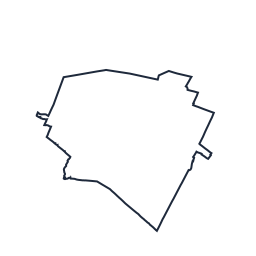 Gioseni, Bacau, Romania, rotated 122°
{"feature_id": "2599482B9784344865967", "entity_name": "Gioseni", "entity_type": "district", "adm_level": 2, "iso_a3": "ROU", "parent_name": "Romania", "parent_adm1": "Bacau", "projection": "natural_earth1", "projection_center": [27.009, 46.422], "detail": "fine", "context": "isolated", "style": "outline", "palette": "slate", "viewbox_px": 256, "rotation_deg": 122, "n_neighbors": 0, "source": "geoboundaries", "source_scale": "gbopen_adm2", "svg_char_len": 4248}
<svg xmlns="http://www.w3.org/2000/svg" viewBox="0 0 256 256"><g transform="rotate(122 128 128)"><path d="M147.6,203.5L148.5,203.4L150.4,203.2L153.8,202.8L156.6,202.4L160.0,202.0L160.0,204.3L160.0,204.9L160.8,206.4L162.3,208.6L162.8,209.9L163.0,210.8L162.6,212.0L162.6,212.7L163.0,212.6L164.8,212.3L165.1,212.3L165.7,212.1L166.0,211.9L166.1,211.5L166.0,210.9L166.0,210.5L166.0,210.2L166.1,209.8L166.0,209.3L165.9,209.0L165.6,208.8L165.2,208.6L165.1,208.4L165.1,208.0L165.4,207.8L165.9,207.6L165.9,207.4L165.9,206.9L165.7,206.3L165.5,205.6L165.5,205.2L165.4,204.7L165.1,204.2L164.7,203.6L164.5,202.8L164.2,202.2L163.6,201.4L164.4,201.3L165.4,201.0L165.6,201.0L165.8,201.0L166.4,200.9L167.1,200.8L168.0,200.8L168.7,200.7L169.9,200.5L169.2,199.2L168.6,198.5L168.4,197.8L168.2,197.2L168.1,196.8L168.1,196.3L168.2,195.8L168.1,195.2L167.6,194.0L169.3,193.7L171.8,193.3L174.4,192.9L176.5,192.4L178.7,192.2L178.9,190.4L179.0,189.1L179.2,187.6L179.3,186.0L179.4,184.8L179.6,183.1L179.8,182.7L179.9,181.8L179.5,181.5L180.0,181.1L180.1,179.9L180.0,178.8L179.8,178.7L180.3,178.3L180.5,177.8L180.7,176.4L180.9,174.5L181.1,172.4L181.3,171.0L181.5,170.2L181.1,169.3L181.3,169.1L181.7,169.0L181.8,168.6L182.0,167.9L182.1,167.5L182.2,167.0L182.4,165.7L182.6,164.2L182.8,162.8L183.0,161.6L184.1,161.4L185.0,161.6L185.9,161.6L186.3,162.0L187.9,161.9L188.5,161.1L191.9,161.1L193.0,160.3L194.9,160.7L196.1,160.7L197.0,160.5L198.0,159.7L198.8,158.9L199.1,158.8L199.6,158.2L199.9,157.6L200.3,157.1L201.0,156.8L202.1,156.9L202.9,156.4L203.2,155.6L203.2,155.2L203.5,155.1L203.9,155.8L204.1,156.0L204.9,155.7L205.0,155.0L204.8,154.5L204.5,154.1L204.0,153.7L203.5,153.1L202.9,152.4L202.5,152.2L202.0,151.9L201.6,151.7L201.3,151.5L201.1,151.1L201.0,150.8L200.9,150.5L200.8,150.4L200.7,150.4L200.8,150.3L200.9,150.2L201.1,150.1L201.3,149.9L200.9,149.2L200.7,148.7L200.1,147.7L199.4,146.3L199.1,145.0L198.9,144.2L198.3,142.7L197.4,140.8L196.5,138.9L194.7,135.8L192.3,131.1L190.9,128.3L189.7,125.9L189.6,119.2L189.4,110.9L190.0,108.2L190.5,104.9L191.0,102.4L191.3,101.1L191.6,99.3L191.8,98.5L192.0,97.0L192.6,93.9L193.4,90.3L193.9,86.7L194.3,83.7L194.5,82.3L194.7,80.9L194.9,79.4L195.1,77.8L195.3,76.2L195.4,75.4L195.4,74.6L195.6,73.2L195.9,72.3L196.1,71.4L196.4,70.4L196.5,69.4L196.7,68.4L196.8,67.4L196.9,66.3L197.2,65.2L197.3,64.2L197.5,63.0L197.6,62.2L197.8,61.6L197.8,60.9L197.8,59.9L197.8,59.5L197.9,59.3L198.2,58.7L198.3,58.4L198.4,58.2L198.4,57.7L198.5,56.8L198.7,55.8L198.7,55.0L198.9,54.3L198.9,54.0L199.1,53.1L199.2,52.6L199.3,52.3L199.4,52.0L199.4,51.8L199.4,51.7L199.5,51.5L199.5,51.3L199.6,50.6L199.7,50.4L199.8,50.2L199.8,49.6L199.9,49.0L195.2,49.4L192.2,49.7L189.5,50.0L187.2,50.3L184.6,50.4L179.5,50.8L176.9,51.0L174.3,51.2L171.8,51.4L169.2,51.6L166.6,51.8L164.1,51.9L161.5,52.1L158.9,52.3L156.4,52.5L153.8,52.7L151.2,52.9L148.7,53.1L146.1,53.2L143.5,53.4L140.9,53.6L138.4,53.8L135.8,54.0L131.7,54.3L131.7,54.0L131.1,53.5L130.2,53.0L128.9,53.0L128.0,53.3L124.6,54.8L123.4,55.2L123.0,55.2L122.2,55.4L122.1,55.1L121.8,55.1L121.4,55.2L121.5,55.7L120.2,55.7L119.1,55.9L118.2,56.2L118.3,56.9L118.1,57.4L117.0,57.3L115.9,57.3L113.6,57.3L112.9,57.3L111.8,57.4L111.8,57.0L111.7,56.3L111.7,55.7L111.5,55.0L111.3,54.3L111.1,53.4L110.9,52.7L111.0,52.3L110.9,51.8L111.5,51.6L111.5,50.4L111.6,47.8L111.7,46.7L111.8,45.6L111.8,45.1L111.8,44.6L111.7,43.7L109.5,43.5L107.2,43.3L107.0,44.0L106.1,43.9L105.1,43.9L105.1,45.0L104.9,47.1L104.7,48.5L104.6,49.6L104.5,51.3L104.2,54.1L104.0,55.8L104.0,56.0L103.8,58.2L103.7,58.7L103.6,59.1L102.3,59.2L101.0,59.3L97.8,59.6L96.8,59.7L96.3,59.7L94.8,59.9L94.5,60.0L94.1,60.0L91.6,60.4L90.2,60.6L86.1,61.1L83.3,61.4L80.2,61.8L78.6,62.0L76.7,62.2L74.6,62.4L73.5,62.6L69.6,63.3L70.3,66.4L71.9,74.0L73.1,80.3L73.4,81.4L74.1,84.9L72.4,85.2L72.5,85.7L69.4,86.1L65.4,86.6L64.3,86.7L61.4,87.3L60.9,87.4L61.5,89.5L62.0,91.3L63.1,94.5L64.1,97.7L63.0,98.4L62.1,99.6L62.1,101.0L60.8,101.0L59.5,101.0L58.0,101.1L56.5,101.1L52.8,101.3L51.7,101.3L51.0,101.3L51.6,103.1L55.7,115.1L56.7,118.6L58.0,123.6L61.8,126.2L67.0,129.7L67.9,129.5L69.0,129.1L70.2,128.7L71.2,128.4L80.9,155.3L88.7,173.4L90.4,177.4L91.8,178.9L96.3,184.1L109.6,198.9L119.0,209.5L139.2,205.3L145.3,204.0L146.2,203.8L147.6,203.5Z" fill="none" stroke="#1e293b" stroke-width="2"/></g></svg>